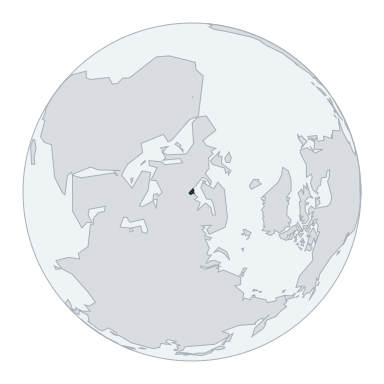 globe centered on Kaliningrad, rotated 129°
{"feature_id": "RUS-2324", "entity_name": "Kaliningrad", "entity_type": "Region", "adm_level": 1, "iso_a3": "RUS", "parent_name": "Russia", "parent_adm1": "", "projection": "orthographic", "projection_center": [21.339, 54.816], "detail": "fine", "context": "on_globe", "style": "filled", "palette": "slate", "viewbox_px": 384, "rotation_deg": 129, "n_neighbors": 0, "source": "natural_earth", "source_scale": "10m", "svg_char_len": 11552}
<svg xmlns="http://www.w3.org/2000/svg" viewBox="0 0 384 384"><g transform="rotate(129 192 192)"><circle cx="192" cy="192" r="169" fill="#eef3f6" stroke="#a8b0b8"/><path d="M35.5,128.2L36.4,126.2L38.4,121.5L44.8,109.1L52.2,97.1L60.5,85.9L69.8,75.4L92.5,56.1L78.4,67.0L85.8,60.6L88.8,58.2L88.0,58.9L98.4,52.0L106.3,47.2L119.5,42.0L129.0,43.1L124.3,44.7L127.1,45.1L133.3,43.2L136.7,41.9L154.9,43.0L175.5,41.1L181.5,38.1L180.6,40.9L191.6,34.1L202.5,32.9L190.5,35.8L189.5,37.4L197.1,37.2L197.7,38.8L201.7,39.7L201.7,41.8L194.8,43.7L194.7,45.1L200.0,45.0L203.4,47.2L195.6,47.1L200.8,51.1L190.0,55.6L169.1,55.1L163.3,60.5L142.4,67.8L144.5,69.3L138.0,73.5L138.0,76.9L134.1,77.6L137.6,79.8L141.1,78.5L143.8,79.1L144.2,81.1L139.2,82.2L138.3,81.4L137.1,82.8L134.5,82.5L136.0,83.8L130.0,85.1L136.4,86.8L132.0,90.4L127.9,90.5L127.8,86.5L117.9,77.9L113.7,77.3L107.9,80.2L98.2,93.5L93.7,94.7L88.2,99.2L90.8,100.2L96.1,97.1L99.7,100.3L105.8,96.5L108.1,97.4L114.6,95.3L114.2,99.9L110.3,105.7L104.9,107.8L103.0,110.5L108.6,112.3L99.0,120.1L93.5,132.4L91.0,134.2L85.2,130.4L84.0,120.7L76.5,117.0L81.9,123.9L75.4,128.7L74.6,131.5L75.3,134.1L77.9,134.1L75.9,136.9L69.7,130.7L71.5,128.1L73.5,130.0L72.9,125.6L68.7,122.0L65.8,125.0L62.6,117.3L60.4,119.5L58.5,119.2L62.2,116.2L55.6,121.6L51.4,115.4L42.3,125.2L50.6,112.3L53.2,106.4L55.6,100.4L54.0,101.8L59.2,92.7L60.4,88.3L55.7,92.5L49.8,100.8L44.6,110.0L45.4,109.6L42.9,115.7L39.6,119.3L34.4,132.4L32.0,137.8L30.5,142.3L35.5,128.2ZM29.5,145.6L28.4,150.0L26.7,158.0L27.2,158.5L27.2,163.8L25.4,169.4L26.9,168.5L25.9,175.3L27.1,189.9L26.6,190.0L27.3,209.3L31.2,225.9L32.0,233.3L31.3,234.2L33.3,239.7L33.3,241.5L44.0,263.1L51.6,277.0L52.9,282.6L49.4,281.2L51.4,285.7L45.1,275.5L39.6,264.9L34.8,253.9L30.8,242.6L27.6,231.1L25.3,219.3L23.7,207.4L23.1,195.4L23.3,183.5L24.3,171.5L26.2,159.7L27.1,155.3L28.1,151.1L28.1,150.9L29.5,145.6ZM40.0,127.5L34.3,145.8L35.1,138.4L35.4,139.1L37.3,133.7L40.1,125.6L41.5,119.7L40.0,127.5ZM42.8,128.8L43.6,126.0L43.2,128.4L42.8,128.8ZM138.1,41.2L133.4,43.0L127.6,44.3L131.4,42.5L138.1,41.2ZM149.2,39.8L147.2,40.9L144.2,40.0L146.3,39.6L149.2,39.8ZM185.7,35.8L181.7,36.3L185.3,35.3L185.7,35.8ZM202.2,39.5L203.2,38.9L204.8,39.7L202.2,39.5ZM114.4,92.9L114.4,94.0L113.2,93.8L114.4,92.9ZM117.1,91.0L115.6,89.9L116.6,88.8L117.5,89.5L117.1,91.0ZM206.5,43.7L208.9,45.2L205.2,43.9L206.5,43.7ZM118.7,92.6L118.7,87.1L120.6,85.3L125.7,86.4L118.7,92.6ZM209.5,46.4L215.4,50.4L218.0,49.4L214.1,55.0L210.3,49.5L205.4,47.9L208.8,47.7L209.5,46.4ZM142.1,77.3L138.3,78.7L141.1,75.7L142.1,77.3ZM143.2,75.3L148.0,65.9L153.8,65.0L151.0,68.2L158.2,65.8L158.6,70.0L154.8,72.2L151.0,71.9L154.1,73.8L143.2,75.3ZM210.9,57.5L211.3,58.9L209.6,57.9L210.9,57.5ZM145.1,79.2L145.5,77.2L150.6,76.3L150.6,80.0L148.9,79.1L145.1,79.2ZM159.8,63.3L163.6,63.3L165.0,66.7L166.6,67.2L159.1,70.0L159.8,63.3ZM148.0,80.3L150.4,81.9L148.4,84.2L145.0,81.0L148.0,80.3ZM151.9,74.5L154.2,74.3L152.9,75.6L151.9,74.5ZM142.5,93.6L143.0,91.1L145.6,90.4L142.5,93.6ZM151.5,82.4L152.2,81.6L153.3,81.0L154.4,82.6L151.5,82.4ZM160.6,72.3L160.4,73.7L163.8,71.3L164.9,73.8L159.7,75.3L162.5,75.8L162.8,76.6L158.2,76.9L160.6,72.3ZM158.9,82.6L152.7,85.7L151.3,90.3L148.9,91.0L151.6,83.5L158.9,82.6ZM158.9,79.2L158.3,81.5L155.6,81.1L154.3,79.4L158.9,79.2ZM167.6,75.1L167.1,70.8L168.3,70.6L167.6,75.1ZM159.0,84.0L160.5,83.3L159.2,84.4L159.0,84.0ZM165.6,77.9L165.2,76.3L166.6,76.2L165.6,77.9ZM163.8,83.2L161.7,84.1L160.8,82.9L163.8,83.2ZM165.0,80.8L166.9,81.0L161.7,81.9L164.6,80.1L165.0,80.8ZM166.9,78.0L167.5,77.4L166.8,78.7L166.9,78.0ZM168.5,87.3L162.1,88.8L160.0,86.1L166.5,85.0L168.5,87.3ZM100.5,295.3L89.2,271.1L94.3,265.9L94.8,256.3L129.2,234.7L136.9,239.4L164.5,240.4L168.0,242.2L165.2,250.5L186.3,262.1L192.5,255.2L211.1,259.5L223.2,257.5L226.7,241.0L206.9,244.0L203.0,236.4L218.5,227.1L235.7,224.4L234.7,221.4L223.5,216.6L227.0,209.7L219.5,214.4L222.9,217.2L218.2,220.3L214.9,218.0L216.3,215.6L211.0,214.9L205.7,227.2L208.6,231.3L194.9,234.4L198.3,241.7L194.7,245.3L187.6,234.4L188.0,230.2L175.2,217.7L173.5,222.3L185.6,234.6L182.0,233.6L179.8,240.5L178.6,234.5L166.0,220.3L153.4,221.3L138.0,235.4L130.5,234.7L123.9,229.0L128.9,212.3L145.1,215.9L147.0,210.5L143.2,200.9L148.5,202.9L148.9,199.6L155.0,200.5L163.0,193.6L169.0,193.6L171.7,183.4L175.2,182.1L172.6,188.4L174.1,193.0L189.1,193.1L191.9,190.9L192.4,184.3L196.5,185.4L195.0,179.1L203.4,176.0L192.0,174.6L192.3,167.4L197.0,161.7L195.1,159.2L187.3,168.6L186.0,172.6L188.2,176.4L183.0,187.9L178.0,189.6L175.6,177.0L168.2,178.2L169.7,168.3L189.8,148.2L198.5,144.1L213.9,151.9L212.1,156.8L205.8,156.2L212.1,163.2L211.4,159.5L214.8,160.5L215.9,154.3L218.3,154.7L215.2,148.1L218.4,148.0L220.3,152.2L224.6,143.3L231.0,141.5L230.8,139.3L228.8,137.5L238.2,136.7L237.7,135.1L234.4,134.8L231.1,131.5L229.0,125.5L232.4,125.6L233.6,127.7L241.2,132.5L243.9,138.5L245.1,138.0L243.5,132.8L234.2,126.9L232.0,123.3L236.7,125.4L234.8,124.4L234.8,122.6L237.9,121.1L232.8,118.5L227.7,100.5L233.3,96.0L238.0,99.6L238.0,88.1L244.3,84.6L241.2,84.1L239.1,78.7L237.1,79.7L235.5,79.2L229.3,66.6L230.5,63.9L224.3,58.6L222.7,58.5L221.5,60.1L214.1,55.0L218.0,49.4L221.4,49.9L221.6,46.3L229.2,48.2L235.7,48.4L244.0,53.0L248.4,53.0L247.9,51.6L253.5,50.8L266.6,54.4L258.0,57.5L238.7,54.7L246.7,56.1L245.5,57.7L248.7,59.5L254.4,60.6L254.6,59.5L266.6,72.1L281.3,80.4L278.8,74.4L281.6,72.7L296.1,78.5L316.7,100.1L320.6,99.3L323.7,101.6L326.6,107.2L322.2,104.0L321.3,106.8L318.4,104.3L321.6,112.7L317.6,109.5L322.0,118.0L325.0,118.4L323.7,111.8L329.3,120.9L333.3,119.3L338.4,124.1L347.3,144.2L349.3,157.7L350.4,160.2L348.8,162.3L350.3,171.5L356.2,174.1L357.4,177.4L358.1,192.1L357.4,190.1L353.2,195.6L355.1,205.0L358.4,202.7L359.6,206.9L358.2,211.1L356.7,207.8L355.1,209.6L353.6,202.2L348.7,196.0L347.2,204.2L345.5,200.0L338.5,197.7L335.2,209.3L331.3,233.8L333.7,245.4L331.0,254.6L320.3,246.6L314.8,237.0L311.4,241.7L300.0,238.3L281.6,250.3L278.6,248.1L275.2,251.8L267.1,252.0L262.3,247.8L257.6,250.3L270.2,261.1L275.2,258.3L278.9,250.0L281.5,254.5L289.2,255.1L282.1,272.6L254.1,295.5L250.8,287.1L226.3,264.8L226.7,261.2L226.5,260.9L226.2,260.2L224.6,266.2L220.2,261.1L233.9,278.9L236.5,286.6L253.8,296.2L252.3,298.1L257.7,299.1L274.1,289.0L274.3,291.9L266.9,308.2L243.7,330.9L246.4,338.3L244.2,344.6L229.0,351.3L229.6,354.0L221.7,356.3L220.7,357.5L213.9,359.2L202.9,360.6L184.8,360.8L184.2,360.5L175.9,358.6L164.7,350.3L169.8,346.1L168.5,341.7L155.3,328.7L158.2,321.9L154.6,318.1L147.1,317.5L142.9,312.6L138.3,311.4L109.5,304.7L100.5,295.3ZM118.0,249.8L117.2,252.7L118.0,249.8ZM254.6,229.4L264.5,225.8L258.9,217.2L262.2,215.3L259.1,213.2L258.4,216.7L250.6,210.5L254.5,205.6L252.7,201.3L249.3,202.4L243.5,212.5L254.6,221.2L252.8,226.4L254.6,229.4ZM27.2,190.3L27.2,193.2L26.8,190.8L27.2,190.3ZM34.0,139.4L33.3,142.5L32.6,144.9L32.8,142.9L34.0,139.4ZM31.8,164.6L31.7,168.6L31.3,165.4L31.8,164.6ZM33.6,148.6L31.9,161.7L31.1,156.3L32.4,148.1L32.3,152.5L33.6,148.6ZM40.6,130.2L39.9,132.5L39.3,132.8L40.6,130.2ZM42.5,130.5L42.6,129.9L43.4,128.2L42.5,130.5ZM75.8,129.0L76.2,129.6L76.4,132.5L75.2,131.7L75.8,129.0ZM83.8,142.5L80.3,146.7L82.0,143.1L79.6,142.6L80.2,134.6L89.7,134.6L85.3,135.9L83.8,142.5ZM83.6,124.4L82.2,129.2L83.4,124.0L83.6,124.4ZM145.3,181.2L147.5,184.0L145.4,187.6L137.7,188.4L140.7,183.1L145.3,181.2ZM151.1,187.3L151.0,175.1L155.7,174.4L153.1,176.8L156.3,177.5L152.9,181.7L157.6,193.3L156.1,197.2L142.7,196.0L147.9,194.1L145.4,191.3L151.1,187.3ZM142.1,147.8L142.1,143.2L152.5,147.5L151.3,151.3L143.5,152.1L140.4,148.1L142.1,147.8ZM127.6,96.0L126.9,94.5L128.3,94.1L130.0,95.1L127.6,96.0ZM142.5,92.5L132.0,102.4L130.7,101.2L126.1,108.9L120.8,108.6L124.0,103.5L116.5,109.3L117.3,104.6L112.6,108.9L120.2,97.6L120.5,93.9L122.1,98.1L126.9,98.5L129.1,97.5L135.6,92.0L138.8,84.4L144.0,83.8L146.9,85.4L147.0,87.1L143.5,86.9L146.1,89.4L141.1,90.5L142.5,92.5ZM177.6,108.4L173.6,106.8L177.9,113.2L172.9,113.7L173.7,114.5L170.4,116.8L167.6,121.0L165.3,120.6L165.3,122.5L163.0,124.2L162.2,126.6L157.7,126.8L156.3,129.9L155.0,128.3L153.8,133.5L152.7,129.8L149.7,131.8L152.3,134.4L130.5,131.1L122.2,133.1L115.8,137.0L114.9,130.4L120.2,122.7L128.6,115.8L136.8,115.0L134.9,112.4L138.2,111.3L138.3,113.8L140.1,109.2L142.9,109.1L150.4,103.8L151.3,97.6L154.1,95.7L155.1,98.0L157.1,94.4L160.9,97.6L163.0,96.4L168.8,98.4L169.6,103.9L171.9,102.1L176.4,103.7L177.6,108.4ZM170.1,88.0L172.1,94.1L170.5,97.6L161.0,92.7L158.6,93.4L152.5,90.7L155.1,85.9L156.6,87.0L158.6,87.1L157.0,88.6L159.9,87.4L162.0,89.1L164.8,88.7L164.7,90.8L170.1,88.0ZM171.7,239.3L174.4,239.8L178.5,239.7L177.3,244.1L171.7,239.3ZM162.9,229.7L165.3,229.4L165.5,235.3L162.7,234.9L162.9,229.7ZM166.4,224.4L165.4,229.0L164.3,226.2L166.4,224.4ZM174.8,187.9L177.3,187.2L177.6,188.8L176.3,191.0L174.8,187.9ZM189.2,128.6L187.1,126.9L187.8,126.0L186.3,120.6L189.8,119.9L192.1,122.9L189.2,128.6ZM223.4,244.4L220.1,248.1L218.2,246.9L219.7,245.9L223.4,244.4ZM197.7,247.2L203.6,248.9L197.2,248.4L197.7,247.2ZM192.7,127.0L191.7,124.8L194.1,125.8L192.7,127.0ZM192.3,119.1L195.1,119.8L190.0,119.2L192.3,119.1ZM271.4,334.0L258.6,345.8L251.1,348.6L250.4,347.3L255.7,341.1L264.6,336.3L269.2,331.7L271.4,334.0ZM359.1,216.9L358.2,220.6L353.6,220.7L355.4,216.0L359.5,209.8L359.3,212.2L360.0,209.8L359.9,211.1L359.1,216.9ZM360.8,198.3L360.8,197.0L360.8,192.6L360.9,189.3L358.9,166.4L358.6,164.1L360.6,181.2L360.8,198.3ZM334.4,245.9L337.8,249.0L336.1,252.6L334.4,245.9ZM356.3,154.5L358.3,163.9L356.0,153.6L356.3,154.5ZM353.9,146.4L354.7,148.2L354.3,148.4L353.9,146.4ZM352.0,163.1L352.0,167.2L351.2,165.9L350.7,159.8L352.0,163.1ZM342.4,128.4L345.5,132.5L346.6,134.6L345.1,133.8L342.4,128.4ZM221.3,119.9L219.6,128.0L220.7,133.9L224.9,136.9L218.2,136.3L216.5,127.3L221.3,119.9ZM226.6,102.8L222.8,100.4L224.9,99.3L226.0,99.7L226.6,102.8ZM224.0,102.8L218.6,104.0L216.8,101.4L221.4,100.9L224.0,102.8ZM205.7,115.2L205.0,117.6L203.0,116.7L205.7,115.2ZM354.1,144.3L353.5,142.4L354.1,144.3ZM354.2,144.9L355.5,149.5L353.6,143.2L354.2,144.9ZM355.3,149.2L354.5,147.2L354.0,144.8L355.3,149.2ZM353.8,143.2L352.1,138.5L352.6,139.5L353.8,143.2ZM352.5,143.1L352.9,141.1L353.9,147.0L350.1,139.8L349.4,136.4L352.5,143.1ZM324.1,96.5L322.2,95.4L320.4,92.1L322.3,93.8L324.1,96.5ZM312.9,81.4L319.3,91.0L324.1,99.2L324.4,98.0L328.6,102.6L326.3,102.8L320.3,94.7L317.3,89.1L313.4,85.9L309.1,80.7L304.8,78.6L301.8,75.8L304.8,76.1L312.9,81.4ZM303.0,77.9L293.8,73.2L292.1,68.7L293.8,68.7L298.7,72.7L299.3,74.8L303.0,77.9ZM291.1,70.9L291.6,73.0L279.1,72.3L276.1,71.1L284.7,68.8L285.6,70.7L288.9,71.8L291.1,70.9ZM213.0,58.6L211.5,58.9L212.2,57.8L213.0,58.6ZM234.5,79.8L232.4,78.9L233.3,77.5L234.5,79.8ZM227.0,75.5L227.5,77.7L225.6,75.4L227.0,75.5ZM228.8,82.8L227.0,78.6L230.8,82.6L228.8,82.8Z" fill="#d9dde1" stroke="#a8b0b8" stroke-width="1"/><path d="M192.1,190.6L192.2,190.8L192.3,190.9L192.5,190.9L192.6,191.0L192.8,191.1L193.0,191.2L193.1,191.3L193.3,191.4L193.5,191.2L193.9,191.3L194.0,191.2L194.1,191.3L194.1,191.5L194.3,191.6L194.5,191.7L194.5,191.8L194.6,192.0L194.4,192.2L194.4,192.3L194.3,192.5L194.3,192.9L194.3,193.0L194.5,193.3L194.3,193.4L194.0,193.4L193.6,193.3L193.1,193.3L192.7,193.3L191.9,193.3L191.3,193.2L190.8,193.2L190.3,193.2L189.6,193.1L189.3,193.1L189.2,193.1L189.3,192.8L189.4,192.6L189.5,192.4L189.6,192.2L189.6,191.8L189.6,191.7L189.8,191.6L190.0,191.6L190.4,191.6L190.5,191.5L190.8,191.3L191.1,190.9L191.3,190.6L191.3,190.8L191.2,190.8L191.1,191.0L190.9,191.3L190.7,191.5L191.0,191.6L191.4,191.8L191.5,191.7L191.6,191.8L191.6,191.7L191.8,191.6L191.8,191.4L191.8,191.1L191.7,191.0L191.7,190.9L191.8,190.8L191.9,190.7L192.0,190.6L192.1,190.6Z" fill="#64748b" stroke="#1e293b" stroke-width="1.5"/></g></svg>